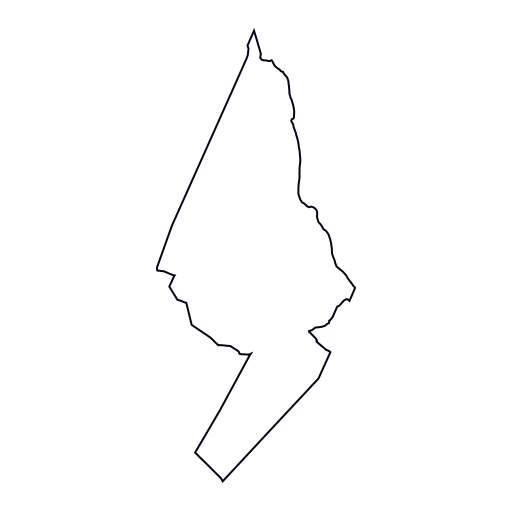 outline of Monjas, Oaxaca, Mexico
{"feature_id": "50627088B56439767998561", "entity_name": "Monjas", "entity_type": "district", "adm_level": 2, "iso_a3": "MEX", "parent_name": "Mexico", "parent_adm1": "Oaxaca", "projection": "robinson", "projection_center": [-96.624, 16.374], "detail": "fine", "context": "isolated", "style": "outline", "palette": "ink", "viewbox_px": 512, "rotation_deg": 0, "n_neighbors": 0, "source": "geoboundaries", "source_scale": "gbopen_adm2", "svg_char_len": 2649}
<svg xmlns="http://www.w3.org/2000/svg" viewBox="0 0 512 512"><path d="M222.7,481.3L228.3,475.3L267.5,433.1L318.5,378.5L330.1,352.8L330.4,352.2L328.8,350.9L326.3,349.9L321.4,345.8L316.6,341.7L316.9,340.9L317.0,340.8L315.6,338.3L308.9,331.5L308.9,331.1L311.5,330.3L312.3,329.8L314.0,328.6L315.1,327.7L316.3,327.5L317.8,327.3L321.2,326.9L322.5,326.6L323.7,326.2L325.0,325.7L325.6,325.4L326.0,324.9L326.3,324.6L327.5,323.7L328.8,323.2L329.0,322.5L329.1,322.0L329.2,321.1L329.4,321.2L330.7,319.4L332.4,317.5L337.2,306.7L338.7,305.9L339.3,305.6L340.7,304.2L343.8,300.6L345.2,299.8L346.8,299.1L347.5,299.2L349.5,300.9L352.7,293.5L355.1,287.8L353.4,285.9L352.3,284.3L350.6,282.0L347.9,278.5L346.9,276.7L346.1,275.3L342.9,271.7L340.4,269.7L336.6,266.5L335.0,262.5L334.8,260.9L333.5,257.7L332.1,253.9L331.8,248.5L331.1,243.2L330.7,241.6L330.1,239.0L329.2,236.5L329.1,235.6L327.8,233.3L326.1,231.0L323.5,229.2L322.6,227.6L321.8,226.2L320.8,224.6L318.4,222.0L317.0,217.1L317.2,212.6L316.6,210.4L315.7,209.2L315.4,209.0L314.6,208.0L312.7,207.1L311.1,206.6L309.2,207.2L307.6,206.6L306.8,206.1L306.0,205.2L304.5,203.8L303.9,203.3L302.1,202.4L300.3,199.6L299.3,196.8L298.4,193.9L298.4,189.9L298.4,188.3L298.7,183.5L299.4,178.8L299.6,175.6L299.4,174.7L299.6,170.6L299.5,168.7L300.0,163.9L300.2,162.0L300.3,159.1L300.0,155.7L299.6,150.9L298.9,147.2L298.3,142.6L297.5,139.2L296.6,136.1L296.0,134.4L296.0,133.4L295.0,130.9L293.7,127.1L293.1,124.4L292.5,123.1L291.9,122.4L291.3,121.1L291.4,120.1L292.2,119.0L293.4,118.6L293.9,117.6L294.0,115.5L294.1,113.7L294.2,112.3L294.2,111.0L294.0,110.0L293.9,108.9L293.5,106.7L293.0,104.5L292.3,102.5L292.0,100.9L290.7,98.1L289.5,94.0L289.4,92.0L289.2,88.8L289.0,86.4L288.7,84.3L288.5,82.6L288.4,81.2L287.1,77.4L286.4,76.6L283.8,73.6L283.1,72.0L280.9,71.2L279.5,69.5L277.4,68.2L276.2,67.2L275.1,66.2L274.2,64.9L272.6,61.8L271.6,60.2L269.6,61.1L267.6,60.8L266.1,60.4L263.8,60.3L262.5,60.1L261.6,59.7L261.2,58.8L260.5,58.2L260.3,57.5L260.4,56.4L260.5,55.6L260.6,54.8L260.9,54.0L260.5,52.6L260.1,51.3L259.3,48.2L258.3,45.3L257.5,42.2L254.0,30.7L247.5,45.6L248.5,48.6L248.2,51.5L247.8,55.1L246.4,59.0L245.2,61.6L233.2,88.6L172.0,225.5L156.9,267.7L157.3,270.5L163.8,271.3L173.2,275.2L174.6,275.4L174.3,275.8L169.3,286.6L177.5,299.9L180.1,300.5L185.4,302.7L186.3,302.8L191.5,324.2L191.7,324.9L210.3,337.5L212.9,339.9L214.9,342.0L218.2,345.1L221.6,345.2L230.4,346.1L238.3,351.2L238.7,351.6L239.2,352.7L239.5,353.7L240.3,354.1L243.3,354.3L248.7,354.6L250.3,353.9L250.8,353.7L249.7,355.3L220.3,409.6L211.1,425.4L195.1,452.6L196.4,453.8L199.4,456.9L205.4,462.7L221.0,478.3L222.7,481.3Z" fill="none" stroke="#020617" stroke-width="2"/></svg>